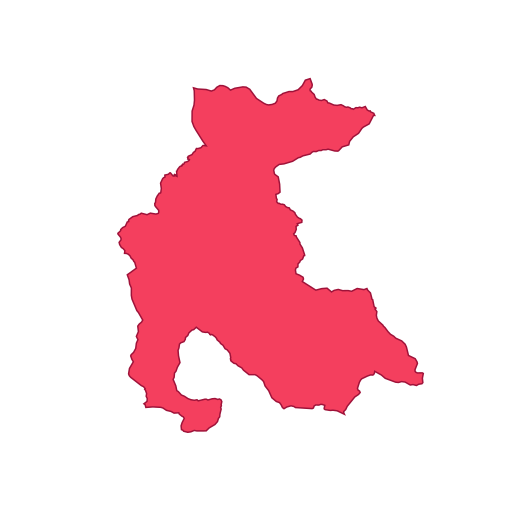 the district of Santiago, Morona Santiago, Ecuador, rotated 249°
{"feature_id": "8360857B27745190393271", "entity_name": "Santiago", "entity_type": "district", "adm_level": 2, "iso_a3": "ECU", "parent_name": "Ecuador", "parent_adm1": "Morona Santiago", "projection": "albers", "projection_center": [-78.365, -2.749], "detail": "fine", "context": "isolated", "style": "filled", "palette": "rose", "viewbox_px": 512, "rotation_deg": 249, "n_neighbors": 0, "source": "geoboundaries", "source_scale": "gbopen_adm2", "svg_char_len": 6119}
<svg xmlns="http://www.w3.org/2000/svg" viewBox="0 0 512 512"><g transform="rotate(249 256 256)"><path d="M118.3,125.7L115.9,129.1L115.2,132.2L115.3,135.8L113.9,138.1L110.6,146.8L112.3,150.7L113.4,157.3L115.2,160.7L117.8,162.7L118.9,164.5L121.1,165.5L125.6,168.6L127.5,168.8L128.5,170.0L129.7,170.2L132.3,171.9L134.2,171.8L135.6,170.7L135.8,168.9L137.6,166.7L138.4,163.9L138.8,159.5L140.1,158.3L140.6,157.1L141.5,150.1L142.9,149.4L143.4,146.7L145.1,143.8L147.2,141.4L150.7,138.9L153.0,136.5L157.2,134.9L158.7,133.8L163.6,134.6L170.5,134.4L172.1,136.1L176.0,138.0L177.1,140.0L180.3,142.7L183.7,146.8L190.6,147.9L195.8,149.4L197.8,151.1L201.2,153.0L201.9,154.5L201.9,158.1L203.5,160.1L205.2,161.0L206.2,163.8L208.3,165.8L209.8,169.7L209.6,171.5L210.9,174.7L204.4,178.7L202.7,181.6L202.2,183.5L200.4,184.8L199.3,184.8L198.6,185.4L198.7,186.3L198.1,187.1L195.1,189.0L193.0,189.7L191.8,189.6L188.2,191.5L187.1,191.5L184.5,193.2L180.5,193.9L178.7,195.5L174.5,196.8L170.2,196.0L169.1,195.2L167.8,195.3L167.3,194.9L165.3,196.0L163.7,197.0L162.6,198.7L159.9,199.9L156.7,202.6L153.9,203.4L147.7,207.0L145.5,212.7L143.7,214.2L138.3,217.2L136.1,218.1L131.4,217.9L125.7,219.6L118.0,220.0L112.9,222.8L110.7,225.4L108.3,226.1L105.0,226.4L103.4,227.4L104.0,230.6L103.6,235.0L101.9,237.5L100.4,238.5L93.4,253.7L93.5,255.1L95.2,256.6L95.5,258.4L94.3,261.3L94.3,263.3L93.7,264.6L91.9,266.7L89.3,265.0L88.7,264.9L87.8,265.5L85.2,270.0L84.5,272.5L82.4,276.3L76.6,281.8L78.1,281.7L79.4,282.2L80.5,284.7L83.0,287.3L89.0,297.7L90.0,302.1L91.2,304.3L92.7,304.3L94.4,303.2L96.1,303.3L101.1,307.3L102.7,309.2L103.5,310.7L104.0,317.0L103.9,320.4L103.0,322.4L103.2,323.3L104.0,324.4L105.8,325.5L100.0,330.4L95.5,332.8L88.2,341.1L86.9,343.6L86.6,346.9L84.9,350.0L80.3,353.8L79.7,356.5L77.6,359.4L78.0,361.9L77.3,365.1L78.0,366.4L82.2,367.5L86.4,370.1L87.3,369.4L89.0,364.7L90.3,363.5L91.5,363.2L93.0,363.8L97.8,368.2L99.5,368.4L103.1,367.8L108.5,362.7L117.1,363.8L120.2,363.6L124.5,361.6L129.2,357.0L131.8,355.8L134.7,353.5L138.1,352.1L143.1,350.7L144.8,349.8L145.9,349.7L151.5,346.9L154.7,346.6L157.5,347.1L160.8,348.9L163.9,348.1L164.4,349.3L166.3,348.1L173.5,349.3L174.5,348.6L175.4,349.0L180.5,349.6L184.2,348.0L185.9,347.9L185.9,344.8L189.4,338.8L188.8,332.6L190.7,329.6L192.6,324.4L195.3,320.8L195.9,316.7L195.4,313.6L200.5,310.8L202.0,305.7L202.7,299.6L215.5,290.1L217.5,292.1L219.3,292.3L222.5,289.8L225.1,287.0L228.8,287.8L230.4,288.9L230.8,291.2L233.6,292.4L234.6,294.6L235.9,295.8L236.5,298.4L239.1,300.7L239.0,301.6L239.7,301.8L247.0,302.2L251.4,301.3L252.9,301.8L259.3,300.5L260.4,300.7L261.4,299.2L263.2,299.1L263.9,300.8L266.4,303.1L269.3,304.0L269.7,306.2L271.4,306.1L271.0,310.8L273.0,311.8L275.0,310.8L275.4,310.1L277.5,308.6L281.0,307.7L282.5,307.8L284.6,306.7L286.8,304.6L289.0,304.3L290.0,302.7L291.5,301.4L293.7,300.8L294.8,299.4L295.4,297.7L296.9,296.5L297.1,295.6L299.2,294.7L301.3,296.0L302.4,295.7L306.4,296.6L306.3,299.1L307.0,301.3L314.6,303.8L321.9,305.1L325.5,302.8L326.4,302.7L329.8,303.3L331.1,304.4L332.1,306.3L333.2,310.5L332.0,315.1L331.3,324.1L332.6,330.8L332.3,332.6L332.7,335.6L331.8,343.1L332.9,345.7L333.0,347.1L331.9,349.6L332.0,352.4L331.1,354.7L331.3,356.4L330.1,359.5L329.9,361.6L325.8,367.2L324.7,369.7L324.6,370.7L327.0,375.6L326.5,382.4L329.5,384.5L332.4,389.5L333.8,395.7L337.2,400.6L337.9,402.5L338.8,409.0L344.8,415.7L345.1,416.3L344.7,417.2L347.0,417.1L349.6,414.6L350.6,414.6L350.8,413.6L352.4,412.2L356.4,411.6L356.4,408.0L357.8,406.1L357.9,404.1L358.7,402.5L358.1,399.4L358.8,399.0L359.5,397.5L360.5,397.1L362.2,395.2L362.4,393.7L363.8,392.0L364.6,391.7L366.8,389.6L367.5,385.8L369.0,382.8L372.4,379.4L373.3,377.9L375.2,377.8L377.6,375.8L377.7,372.9L379.0,370.6L380.3,369.6L380.7,368.7L383.0,368.1L386.0,368.2L389.2,366.6L390.0,366.6L390.6,365.9L391.6,365.9L392.5,366.4L393.6,368.6L395.3,369.7L396.3,370.0L402.2,370.1L402.5,365.1L398.5,360.4L396.1,354.9L396.3,349.3L397.7,345.8L398.1,339.2L397.6,337.9L397.3,334.6L395.8,332.7L393.3,331.2L391.7,328.8L391.7,325.4L392.5,321.9L393.7,320.0L395.8,318.0L402.9,312.9L413.9,309.9L417.2,307.3L418.6,304.3L420.2,296.3L420.0,291.6L423.2,290.0L425.5,287.9L426.9,286.1L428.1,283.3L427.6,279.9L426.0,276.7L426.0,273.4L429.3,269.1L432.8,261.4L435.4,257.9L432.5,257.6L423.5,254.4L419.1,252.2L414.2,248.3L404.5,244.5L399.1,244.4L395.1,245.0L382.5,247.5L376.7,249.0L378.2,246.2L376.8,243.4L377.1,240.4L377.7,238.9L375.5,236.5L375.2,234.8L373.6,232.6L373.4,228.6L372.6,227.5L372.2,227.8L371.0,227.0L369.9,228.4L369.4,228.1L368.7,226.1L369.0,222.8L368.0,222.0L367.6,221.1L368.0,220.4L367.1,219.7L367.3,219.1L366.6,218.8L366.9,217.6L366.6,216.6L364.9,213.8L363.6,212.7L363.6,212.2L358.6,210.8L359.1,210.2L360.7,209.9L361.4,209.2L361.2,208.8L360.0,208.7L360.0,208.0L360.7,207.1L364.3,205.9L364.5,205.3L363.7,203.5L364.2,199.9L362.3,199.3L362.2,197.7L361.6,196.5L358.2,193.0L352.9,191.8L349.3,189.8L349.0,189.4L349.3,188.2L347.4,185.3L345.1,182.9L342.1,181.4L341.3,180.3L339.4,179.7L338.2,179.9L333.6,181.5L331.7,180.9L330.8,180.1L331.0,177.6L333.9,172.7L333.6,169.1L337.1,164.2L336.6,162.8L336.8,161.1L336.3,159.9L336.9,155.1L335.7,150.6L335.0,149.8L333.8,149.5L333.9,148.0L330.6,144.7L330.3,141.7L329.2,139.2L328.3,138.8L327.7,137.8L326.7,135.2L325.9,135.0L322.4,136.2L320.6,136.3L319.4,135.7L317.8,133.1L315.5,132.8L312.2,133.4L310.4,134.7L308.0,135.5L305.6,134.2L304.8,136.0L303.4,137.4L301.4,138.4L298.7,138.7L296.6,139.8L294.7,140.0L293.6,140.5L287.5,140.0L284.6,129.1L279.3,129.0L275.2,128.0L270.8,128.2L263.9,125.5L260.2,124.8L247.7,125.2L245.3,126.0L236.8,127.3L235.3,125.5L234.3,122.6L232.9,120.5L227.5,119.1L223.8,115.5L220.2,115.8L217.5,113.1L212.8,110.6L209.9,107.2L208.6,104.1L207.6,103.2L204.0,103.1L201.2,103.6L196.4,97.6L191.6,94.8L189.7,94.8L187.7,95.5L176.1,102.5L174.3,104.2L171.9,105.0L171.5,104.3L170.3,104.7L166.8,104.6L164.4,103.2L161.8,103.4L159.3,102.1L158.2,98.4L157.0,99.2L154.1,98.9L152.1,105.6L148.8,113.0L147.4,114.7L144.0,117.1L141.4,120.9L138.7,123.2L137.3,127.7L136.0,127.7L132.9,129.5L131.9,130.5L130.1,130.8L126.9,127.3L124.3,125.2L120.6,124.2L119.7,125.2L118.3,125.7Z" fill="#f43f5e" stroke="#9f1239" stroke-width="1.5"/></g></svg>